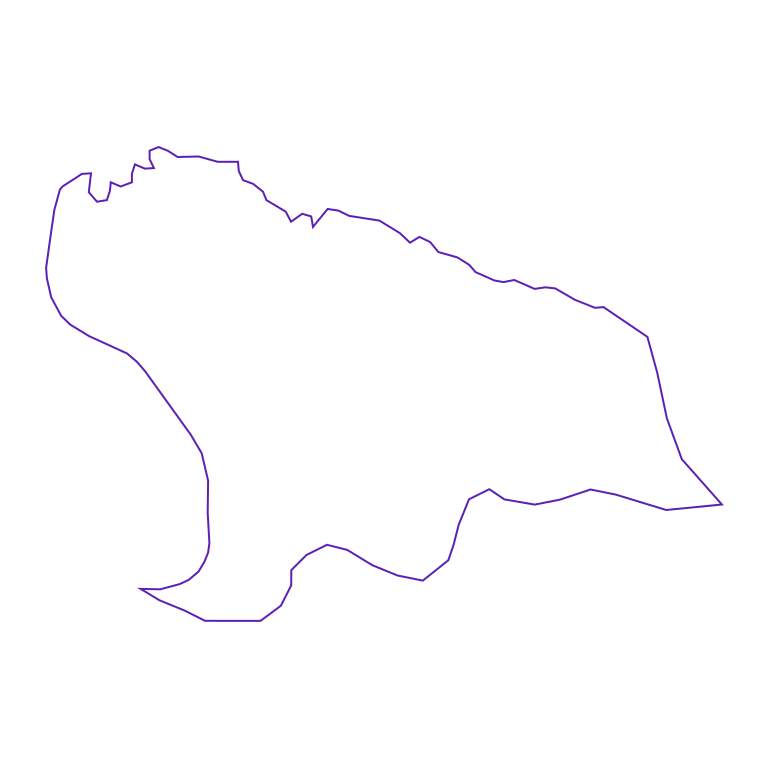 Yonsan, Hwanghae-bukto, North Korea (Robinson projection)
{"feature_id": "82179303B92685512874627", "entity_name": "Yonsan", "entity_type": "district", "adm_level": 2, "iso_a3": "PRK", "parent_name": "North Korea", "parent_adm1": "Hwanghae-bukto", "projection": "robinson", "projection_center": [126.278, 38.867], "detail": "fine", "context": "isolated", "style": "outline", "palette": "violet", "viewbox_px": 768, "rotation_deg": 0, "n_neighbors": 0, "source": "geoboundaries", "source_scale": "gbopen_adm2", "svg_char_len": 1421}
<svg xmlns="http://www.w3.org/2000/svg" viewBox="0 0 768 768"><path d="M469.3,264.9L457.4,257.4L438.4,252.1L430.2,242.1L419.4,236.9L410.0,242.7L400.0,233.2L379.4,220.6L349.2,215.9L338.4,210.6L327.6,209.0L313.0,226.9L311.2,216.4L302.2,213.8L291.0,221.7L285.8,211.7L266.4,200.1L263.0,191.7L253.0,183.8L243.1,180.2L238.8,171.2L238.0,161.8L217.7,161.8L198.7,156.5L177.6,157.0L167.7,150.7L158.6,147.1L149.6,150.7L149.6,159.1L153.9,168.1L144.8,168.6L134.9,164.4L131.9,173.9L131.9,182.3L120.7,186.5L110.8,182.3L109.9,190.7L106.9,200.1L97.0,201.7L88.8,192.2L91.0,173.3L81.9,173.9L62.5,186.5L59.9,189.6L54.3,210.1L49.6,242.8L46.1,267.9L46.9,278.4L51.2,297.3L61.1,315.7L70.2,324.6L89.2,336.2L127.1,353.5L137.0,361.9L145.2,371.4L190.9,434.9L201.7,453.3L208.1,480.6L207.7,512.7L209.4,543.1L208.1,552.6L204.3,562.0L198.6,571.5L188.7,579.9L179.7,584.1L160.2,589.3L140.6,588.9L156.2,598.3L159.5,600.3L184.7,610.6L204.9,620.8L235.2,620.9L260.5,620.9L280.9,605.7L291.2,585.4L291.3,570.1L306.6,554.9L327.0,544.8L347.2,549.9L372.3,565.2L397.5,575.5L422.8,580.6L448.3,560.3L453.5,545.1L458.7,524.8L469.0,499.3L489.3,489.2L504.4,499.4L534.7,504.6L560.1,499.6L590.5,489.5L615.8,494.6L666.2,510.0L721.9,504.5L681.8,459.2L666.9,418.4L657.2,372.6L647.4,336.9L603.5,307.1L595.0,307.8L575.1,299.9L555.2,288.4L545.3,287.3L534.6,288.9L514.3,280.0L503.5,282.1L494.5,280.5L475.5,272.1L469.3,264.9Z" fill="none" stroke="#5b21b6" stroke-width="2"/></svg>